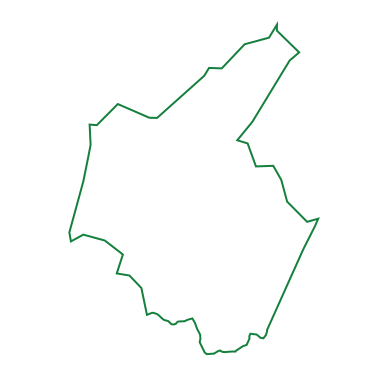 outline of Carter, Tennessee, United States of America, rotated 357°
{"feature_id": "52423323B88226115005443", "entity_name": "Carter", "entity_type": "district", "adm_level": 2, "iso_a3": "USA", "parent_name": "United States of America", "parent_adm1": "Tennessee", "projection": "equal_earth", "projection_center": [-82.131, 36.306], "detail": "fine", "context": "isolated", "style": "outline", "palette": "green", "viewbox_px": 384, "rotation_deg": 357, "n_neighbors": 0, "source": "geoboundaries", "source_scale": "gbopen_adm2", "svg_char_len": 1169}
<svg xmlns="http://www.w3.org/2000/svg" viewBox="0 0 384 384"><g transform="rotate(357 192 192)"><path d="M93.3,119.3L93.2,139.7L90.5,150.5L84.0,175.8L67.4,226.0L68.5,235.0L81.2,228.9L102.4,235.9L119.7,250.8L112.6,269.4L125.1,272.1L136.4,285.2L140.6,312.3L142.8,311.6L145.6,310.6L147.1,310.6L151.0,312.2L152.9,313.9L154.5,315.7L156.8,317.9L158.9,318.9L161.4,319.6L163.3,321.6L164.0,322.4L164.6,323.0L166.9,323.3L168.9,322.8L169.9,321.7L171.0,320.8L172.7,320.6L177.8,320.7L180.8,319.4L185.7,318.3L188.0,322.6L190.0,329.0L192.7,335.0L192.7,339.1L191.8,342.4L196.3,353.0L198.4,354.7L205.7,354.5L209.4,352.4L211.6,351.7L213.9,353.2L215.8,353.6L223.5,353.4L226.6,353.6L227.1,353.6L227.3,353.0L235.0,348.5L238.5,347.6L241.7,341.5L241.7,338.9L242.9,336.6L249.1,337.7L252.8,341.2L255.7,341.8L258.4,338.6L259.8,334.7L259.7,333.8L300.2,254.9L313.1,232.4L316.6,225.3L305.4,227.8L286.5,206.6L281.8,184.6L274.5,170.1L257.2,169.8L250.1,146.4L239.9,142.7L256.0,125.0L296.4,65.8L306.3,58.2L285.2,35.3L285.6,29.3L277.0,41.9L252.3,47.2L228.2,70.1L215.5,69.0L210.4,76.5L161.0,116.2L153.2,115.6L122.5,100.3L100.4,120.3L93.3,119.3Z" fill="none" stroke="#15803d" stroke-width="2"/></g></svg>